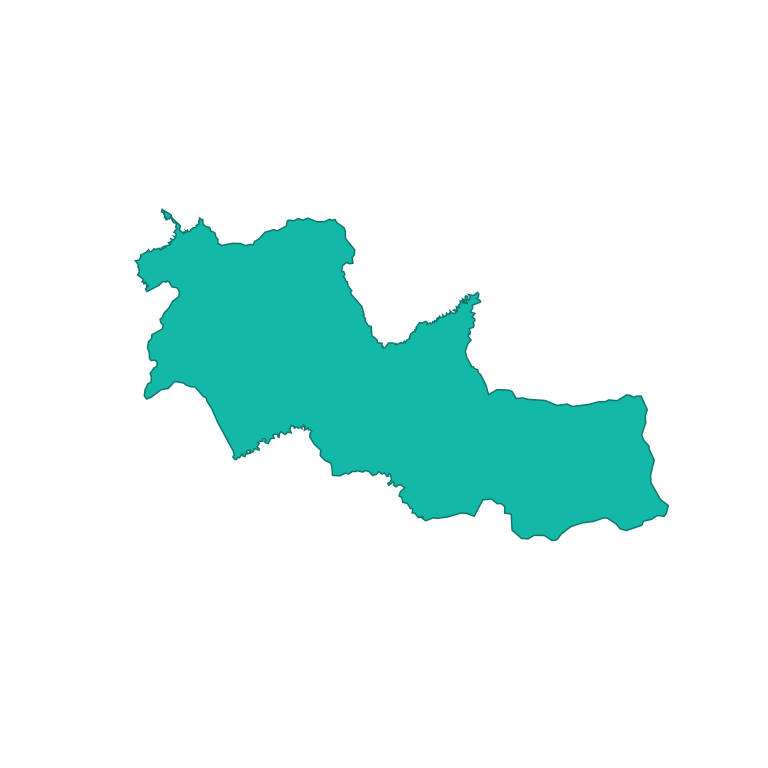 outline of Thoeng, Chiang Rai, Thailand, rotated 54°
{"feature_id": "78962969B30724272776962", "entity_name": "Thoeng", "entity_type": "district", "adm_level": 2, "iso_a3": "THA", "parent_name": "Thailand", "parent_adm1": "Chiang Rai", "projection": "mercator", "projection_center": [100.122, 19.692], "detail": "fine", "context": "isolated", "style": "filled", "palette": "teal", "viewbox_px": 768, "rotation_deg": 54, "n_neighbors": 0, "source": "geoboundaries", "source_scale": "gbopen_adm2", "svg_char_len": 6170}
<svg xmlns="http://www.w3.org/2000/svg" viewBox="0 0 768 768"><g transform="rotate(54 384 384)"><path d="M451.2,447.1L452.7,443.2L451.8,439.6L455.7,438.6L456.2,435.9L460.4,435.9L461.2,434.3L459.2,433.0L460.4,431.7L465.4,433.9L466.9,436.3L466.7,439.4L468.9,439.7L468.5,434.0L470.0,433.7L471.1,435.6L473.3,435.3L474.6,434.1L473.8,432.5L475.4,429.8L480.2,428.2L480.8,434.1L483.5,437.6L486.4,436.2L490.7,438.5L494.3,435.2L500.2,435.9L501.9,433.9L504.8,437.1L506.5,434.9L512.2,434.8L513.7,432.4L513.2,431.2L514.6,430.6L515.0,431.9L519.2,430.7L521.1,423.0L524.1,419.8L529.1,410.4L533.4,397.9L537.2,393.3L544.0,388.7L535.8,372.2L540.2,364.7L547.3,362.8L549.8,359.4L554.3,358.4L559.4,362.2L564.0,357.5L577.5,366.3L589.8,363.5L594.0,358.5L594.6,351.6L600.8,343.3L609.1,340.2L610.9,337.8L611.7,335.3L609.6,329.1L609.2,316.8L612.9,305.2L618.2,295.5L621.5,284.9L623.7,282.2L633.8,278.4L640.0,278.1L645.0,274.1L649.8,258.4L647.5,254.7L650.7,247.2L651.0,240.1L655.7,235.2L654.6,231.8L649.5,225.4L640.0,228.2L620.8,226.1L614.1,221.6L604.4,210.1L592.6,207.8L589.8,206.1L582.7,206.9L576.7,205.6L569.1,195.0L563.4,191.4L559.5,186.1L544.9,183.1L542.4,186.5L541.5,189.9L537.8,191.6L535.4,194.2L534.6,205.2L529.1,211.4L528.3,215.5L524.7,220.4L521.0,230.1L513.0,244.8L507.9,247.6L503.1,256.5L491.9,263.5L481.3,276.3L477.0,279.7L473.4,285.6L465.4,284.8L462.1,286.9L455.0,295.8L454.2,305.8L444.8,302.1L432.8,300.3L431.1,301.1L427.4,299.9L424.7,301.8L422.5,301.7L422.2,302.8L411.1,301.4L405.3,299.0L400.5,292.1L399.7,287.8L395.0,287.8L393.0,286.1L394.3,285.5L393.2,283.9L389.4,282.6L390.7,278.4L389.4,276.5L386.8,275.8L386.0,273.1L384.7,272.3L381.6,273.4L380.4,269.0L376.5,271.7L374.6,267.5L372.2,266.3L374.4,257.8L373.3,257.2L369.3,258.7L369.0,256.4L366.9,254.4L364.9,254.3L365.0,259.6L361.5,263.0L363.6,262.7L366.2,265.5L365.1,266.9L362.4,264.9L360.8,266.0L361.4,267.4L367.6,269.3L366.3,270.7L362.9,269.5L361.3,270.4L365.4,271.8L364.4,272.6L362.3,271.9L361.8,273.8L363.7,274.7L364.2,277.7L366.5,278.2L364.0,280.1L367.9,281.6L365.3,283.1L365.4,284.6L368.0,282.6L368.5,285.3L366.7,287.1L363.8,287.5L366.6,289.4L365.2,289.1L365.4,291.2L363.5,291.7L365.2,293.7L364.6,295.4L362.9,295.9L364.6,296.5L363.3,299.5L361.9,299.3L362.6,300.9L361.7,301.7L362.8,301.4L362.4,302.5L363.3,302.4L362.9,303.3L364.2,304.5L362.5,305.7L364.0,307.0L362.3,307.7L363.3,309.9L361.5,311.0L361.1,314.0L359.7,312.9L357.9,313.4L357.0,317.5L355.2,319.1L357.1,324.8L358.3,324.9L358.2,327.0L359.9,326.8L359.1,327.3L359.9,328.2L359.1,328.6L359.2,332.9L361.2,335.9L362.3,335.7L362.0,340.2L362.9,341.7L362.1,342.0L363.1,342.5L361.6,343.2L362.3,344.9L360.5,345.9L359.5,350.9L358.2,350.6L358.5,351.6L356.1,352.6L353.5,356.3L355.3,361.5L354.3,363.8L353.0,362.7L352.2,363.6L349.8,361.6L347.1,364.9L343.9,363.7L337.7,365.4L329.8,360.5L328.3,362.3L323.6,362.4L321.1,361.9L320.6,360.7L316.5,360.6L316.4,359.5L308.3,356.4L292.5,357.8L289.8,357.0L289.6,355.3L283.6,355.6L279.7,353.5L278.6,354.5L274.9,353.4L273.5,354.1L272.4,351.4L269.4,350.5L268.1,352.3L263.9,347.9L263.5,343.1L266.4,341.3L268.0,338.2L262.7,335.2L262.1,332.2L258.4,328.9L243.7,329.6L237.2,325.2L234.0,324.5L225.3,327.4L222.3,326.9L220.8,330.1L218.7,331.2L217.7,336.6L213.2,343.1L205.1,348.1L203.7,353.5L199.7,356.2L199.0,360.9L195.5,364.6L195.3,366.3L198.8,370.3L197.3,380.6L194.5,382.2L191.3,391.1L193.1,399.5L192.7,405.0L194.6,408.4L192.5,410.0L190.6,414.8L186.1,417.4L181.1,423.9L176.5,433.9L172.4,435.8L169.4,433.3L166.5,433.6L162.2,432.0L158.3,434.1L154.8,433.0L152.3,435.3L148.3,436.5L144.4,434.0L143.4,435.4L141.4,435.5L144.1,439.0L145.7,439.3L145.4,442.4L146.1,441.8L146.7,444.5L145.5,446.3L145.7,450.0L146.7,451.0L145.6,452.8L144.1,452.7L144.7,453.9L143.7,454.3L145.1,454.5L143.7,456.1L144.8,456.3L144.6,457.6L143.7,456.8L143.5,457.8L139.0,459.0L136.5,455.8L125.0,457.9L121.9,456.9L112.3,460.9L113.9,462.8L115.9,461.9L115.2,460.6L116.2,459.8L117.2,462.4L118.9,462.1L120.3,463.8L121.2,462.3L122.9,463.9L123.4,463.1L122.4,462.7L124.2,460.6L123.2,458.6L129.7,459.3L132.1,457.5L134.6,460.3L136.5,460.4L137.8,464.7L140.3,463.8L142.4,466.0L141.1,467.2L142.7,466.9L144.0,469.1L141.4,471.0L143.8,471.6L143.0,475.4L144.8,475.2L144.8,473.8L145.7,475.2L143.4,481.0L145.0,480.7L144.7,482.3L143.4,482.7L144.4,484.3L143.2,484.3L144.4,486.0L141.9,486.3L141.0,489.8L139.5,490.3L140.2,494.8L138.8,495.9L137.0,495.6L137.7,499.0L136.6,505.2L138.5,506.3L139.7,509.8L138.1,512.6L143.3,512.8L144.6,514.3L147.3,514.6L149.7,516.3L150.9,519.1L158.3,517.2L159.3,519.7L160.2,518.4L161.7,519.5L162.3,518.5L161.4,517.2L162.9,516.8L165.4,518.6L164.9,517.4L165.9,517.1L167.0,521.0L169.9,521.5L171.9,507.9L171.0,502.7L173.5,500.5L173.4,498.7L175.3,497.8L180.7,498.5L184.8,494.7L189.0,495.4L192.7,498.4L192.9,506.5L196.1,513.3L197.2,519.9L199.9,524.8L200.0,527.1L202.8,528.4L206.8,528.2L209.2,531.0L207.7,542.9L210.6,545.2L211.3,549.6L215.9,554.1L221.1,555.7L225.3,558.6L228.0,558.7L230.2,555.1L233.0,554.6L236.3,557.5L235.8,560.7L238.0,566.9L242.0,568.3L245.7,571.5L245.1,574.9L248.2,580.6L252.6,584.9L256.6,584.9L257.9,580.0L257.6,567.9L260.8,561.0L258.9,551.8L265.6,545.4L268.4,544.8L272.9,541.8L275.3,538.6L288.0,537.5L290.7,536.0L293.8,537.3L302.8,537.9L318.1,541.2L349.4,545.3L353.5,546.7L354.2,549.2L357.1,549.1L358.3,547.8L357.4,545.6L358.8,544.1L357.1,539.7L359.8,540.3L361.0,539.1L359.5,537.1L360.6,534.6L358.1,535.2L357.2,534.0L358.9,531.0L360.3,533.2L361.4,532.8L361.8,529.3L359.9,527.1L364.0,524.0L362.9,523.1L360.1,523.6L358.7,519.8L357.0,520.6L357.2,518.4L359.2,515.8L357.2,514.6L357.8,512.8L360.0,512.6L360.0,514.2L361.6,514.6L364.1,512.8L361.7,507.8L363.3,504.6L360.3,504.1L359.7,502.5L363.0,499.2L364.1,500.9L365.4,500.1L362.4,497.3L361.9,495.5L366.9,493.4L366.2,490.2L369.0,487.8L365.1,486.7L363.0,483.6L365.5,481.8L367.0,482.6L367.5,479.8L369.4,479.4L370.1,476.9L371.7,476.6L369.9,475.6L371.4,473.9L369.9,473.3L371.5,472.7L374.6,475.5L375.0,470.9L376.6,472.1L377.7,470.5L379.9,470.4L380.4,472.6L383.1,475.1L391.3,475.8L400.4,474.1L404.5,477.7L411.1,476.7L416.3,473.6L419.8,474.5L427.7,479.3L432.3,473.8L433.3,467.7L436.0,465.7L436.1,461.1L438.4,458.0L438.1,457.0L442.8,452.9L442.9,450.5L445.5,447.7L451.2,447.1Z" fill="#14b8a6" stroke="#0f766e" stroke-width="1.5"/></g></svg>